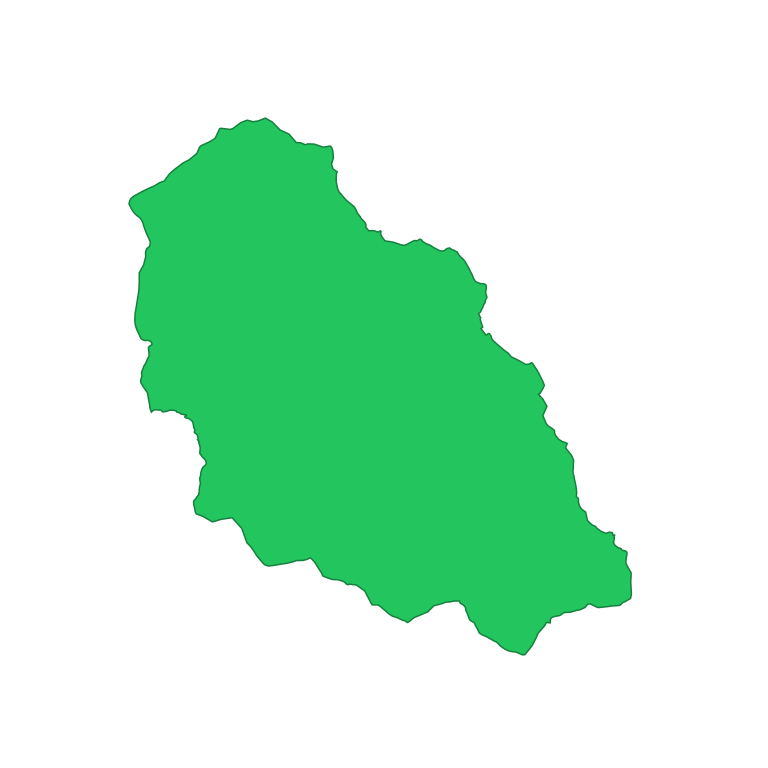 outline of Ciuruleasa, Alba, Romania, rotated 14°
{"feature_id": "2599482B18956388215325", "entity_name": "Ciuruleasa", "entity_type": "district", "adm_level": 2, "iso_a3": "ROU", "parent_name": "Romania", "parent_adm1": "Alba", "projection": "albers", "projection_center": [23.018, 46.247], "detail": "fine", "context": "isolated", "style": "filled", "palette": "green", "viewbox_px": 768, "rotation_deg": 14, "n_neighbors": 0, "source": "geoboundaries", "source_scale": "gbopen_adm2", "svg_char_len": 6152}
<svg xmlns="http://www.w3.org/2000/svg" viewBox="0 0 768 768"><g transform="rotate(14 384 384)"><path d="M675.1,532.4L674.9,528.0L671.3,516.3L670.3,511.1L669.5,507.5L664.7,502.4L662.0,499.1L661.6,497.6L661.2,494.3L660.8,489.6L660.1,488.3L659.2,487.7L657.9,487.5L655.5,487.7L654.5,487.3L653.8,486.3L650.8,486.2L647.1,484.6L644.9,482.3L645.1,481.4L644.9,479.2L644.3,476.1L644.4,474.9L643.9,474.7L643.3,475.4L642.8,475.5L641.9,473.9L641.9,473.4L641.2,472.9L640.4,473.3L638.7,473.1L636.4,474.7L635.5,475.1L634.3,475.1L629.9,474.3L625.4,472.4L623.6,471.0L620.1,470.4L616.3,468.4L614.4,467.1L610.6,459.5L608.8,458.7L606.1,457.7L604.3,456.2L602.8,454.2L601.3,451.8L600.7,449.0L600.2,447.9L598.1,446.9L597.8,446.5L597.3,443.1L595.9,438.9L593.7,434.0L591.3,429.2L590.6,427.5L588.9,424.5L588.4,422.6L587.9,419.1L587.3,416.9L586.6,412.9L586.0,411.4L582.9,407.6L576.3,402.6L575.7,401.5L575.6,400.8L576.2,397.5L575.5,397.1L570.9,396.7L566.6,395.3L563.2,392.6L561.6,390.8L560.6,387.8L558.0,386.5L553.2,384.9L551.0,383.2L545.8,376.3L547.5,366.3L542.0,360.4L536.4,356.6L537.8,355.0L539.7,348.2L539.9,346.5L537.6,343.2L531.9,336.5L529.1,333.5L522.9,327.8L522.0,327.7L519.7,329.7L516.6,330.8L510.3,328.9L500.7,326.8L496.8,323.9L492.5,322.2L481.5,316.7L478.5,314.9L477.5,313.8L476.1,311.4L474.8,310.2L474.0,309.7L473.1,309.7L471.7,311.4L470.7,311.8L470.2,311.4L469.7,310.7L468.4,309.8L464.7,306.7L466.0,304.9L461.9,298.4L461.7,297.7L461.8,296.3L460.9,295.6L458.8,292.7L459.5,291.7L460.0,291.4L460.4,289.8L461.4,285.1L461.4,283.2L462.1,281.7L462.5,280.0L462.1,278.9L462.9,274.8L460.5,271.0L460.2,267.0L459.4,263.9L458.7,263.1L457.4,262.6L453.1,263.2L448.1,262.6L445.4,260.0L443.4,257.1L438.2,251.0L434.1,246.6L432.1,244.8L430.4,243.6L428.7,242.8L425.7,240.9L423.0,238.1L422.0,238.0L418.8,237.2L417.4,237.2L414.7,236.1L412.4,237.3L411.7,238.0L410.5,239.8L409.2,240.7L407.9,241.0L406.6,241.1L404.5,240.9L398.4,239.4L396.7,238.6L394.9,238.2L392.8,237.8L390.7,237.6L387.3,236.4L385.1,234.9L383.8,234.8L381.5,237.0L379.0,237.4L377.2,238.6L372.7,242.8L370.5,244.4L368.6,244.8L366.6,244.8L358.9,244.2L356.0,244.3L351.9,244.8L350.1,244.7L346.9,242.1L345.6,240.7L344.4,239.2L344.2,236.7L343.4,236.3L342.5,237.0L341.9,237.8L340.3,238.0L338.4,237.7L336.7,237.7L332.2,239.0L328.4,236.3L328.3,235.1L327.9,233.6L327.1,232.5L325.8,231.4L321.6,228.8L320.7,227.6L317.0,224.7L314.1,221.0L312.0,219.1L309.6,217.9L303.1,214.9L297.9,211.4L294.0,208.5L292.1,206.3L288.8,199.6L287.8,195.7L286.9,191.0L287.4,189.6L282.5,187.6L279.9,183.5L280.2,176.8L278.0,170.3L275.9,167.1L274.2,166.1L267.7,168.9L258.2,168.1L251.9,169.5L249.8,170.9L244.8,170.1L240.4,170.9L231.4,164.5L221.8,162.7L212.0,156.7L204.5,154.7L198.6,159.0L193.5,161.2L187.4,161.1L181.8,165.0L175.5,172.8L173.1,174.2L163.9,175.3L162.8,176.1L160.8,186.0L159.9,187.4L155.8,191.5L148.9,197.0L147.8,198.7L146.6,205.6L140.7,213.6L135.6,218.1L129.0,226.3L125.0,232.0L121.7,240.1L117.3,243.2L113.3,247.3L109.1,250.5L102.7,255.8L96.0,262.0L93.7,265.0L92.9,267.6L93.0,271.0L95.7,274.2L99.5,277.9L103.1,280.2L106.8,281.7L108.9,283.4L111.1,285.9L112.5,288.6L116.3,294.3L121.8,301.2L122.9,302.8L123.4,306.8L120.9,310.4L120.8,314.2L122.0,318.2L121.9,326.8L119.6,335.2L121.8,344.2L123.5,352.3L125.2,371.9L125.4,375.6L126.9,382.8L128.5,387.0L130.8,390.8L137.3,398.8L139.3,399.5L141.2,399.7L142.9,399.4L143.9,398.8L146.8,399.0L147.7,399.5L149.1,401.0L149.2,401.8L148.7,402.6L146.9,404.5L146.7,405.2L146.7,406.1L148.5,410.9L149.3,413.7L149.0,415.1L148.6,415.9L147.8,421.2L146.7,424.6L146.0,431.1L146.2,432.5L147.1,434.5L147.1,436.7L147.0,438.8L147.2,440.4L147.9,441.6L150.7,444.6L155.9,449.1L157.0,450.3L158.3,453.7L161.8,461.3L162.6,463.6L163.9,465.9L165.1,467.6L166.3,465.6L167.7,464.5L173.9,463.3L175.4,464.4L176.3,464.6L180.3,462.8L182.3,461.4L183.2,461.1L186.3,460.3L187.3,460.5L188.7,460.3L189.6,461.2L190.1,461.5L192.6,461.4L194.1,462.2L199.6,462.0L199.8,462.4L198.7,463.7L198.7,464.2L199.0,464.5L200.6,464.9L202.1,464.6L203.1,464.8L205.7,465.8L207.4,467.0L208.2,468.2L210.0,472.4L211.2,473.8L211.5,474.7L211.6,476.6L212.0,477.1L213.9,477.8L215.2,478.8L216.9,482.0L217.0,482.9L216.6,483.2L218.8,484.9L218.4,485.3L218.9,486.5L220.7,489.4L221.3,491.3L222.0,495.9L225.2,498.6L229.1,501.0L230.0,502.2L230.7,503.7L230.7,505.2L229.7,506.8L228.5,508.3L227.9,511.1L227.7,514.4L228.2,517.2L228.0,520.2L228.6,521.5L228.7,522.3L229.7,524.1L230.0,526.4L229.9,528.2L230.3,531.3L230.7,532.5L230.9,536.5L229.9,538.3L229.1,540.8L227.8,543.2L227.7,544.0L228.0,545.4L228.4,546.7L230.6,551.0L231.8,553.7L233.2,555.4L240.5,556.3L250.9,559.3L253.5,557.9L256.9,555.7L259.5,554.4L269.0,550.5L280.9,558.5L289.5,571.3L293.9,574.0L296.9,576.5L302.3,581.6L310.0,587.2L312.1,588.3L315.8,588.6L320.1,587.0L334.3,580.9L337.8,579.1L341.6,576.6L348.3,574.7L351.7,572.8L354.4,570.6L355.1,570.7L356.6,571.6L359.1,573.1L361.8,575.5L366.3,579.9L368.9,582.2L370.8,584.8L371.4,585.2L380.1,586.2L381.6,586.1L386.0,585.2L388.0,585.1L390.5,585.3L392.8,585.5L394.0,586.0L396.1,587.3L397.2,587.5L400.0,586.3L402.5,586.2L404.9,585.7L406.5,586.0L415.4,589.5L425.7,601.1L427.8,600.8L431.0,599.9L432.3,600.1L433.9,600.6L443.6,605.5L447.8,607.1L449.9,607.4L452.7,607.4L459.5,608.8L461.5,608.6L463.5,609.5L464.6,609.7L466.2,608.1L469.4,603.8L470.4,602.8L472.9,601.1L481.7,594.4L486.1,587.0L489.8,585.1L494.5,582.4L495.6,581.4L497.6,580.4L500.5,579.6L504.1,577.8L509.3,576.3L511.3,578.3L515.2,579.6L515.9,580.1L517.0,581.1L518.3,584.0L521.3,587.8L523.6,591.4L524.5,592.2L525.6,592.8L529.0,593.6L529.7,594.1L530.9,595.9L533.6,598.7L536.7,602.5L539.8,603.6L545.0,604.5L553.2,606.8L555.5,607.1L560.6,610.2L564.2,611.6L566.4,612.2L568.8,612.7L572.3,612.8L576.7,612.2L583.9,613.3L586.1,612.6L588.4,607.9L591.1,601.8L593.2,592.8L593.5,590.4L593.9,588.4L598.5,579.3L599.2,576.5L599.5,576.0L603.1,575.6L602.6,573.3L602.5,572.0L602.7,571.0L603.3,570.1L605.6,568.4L610.2,566.3L611.0,565.7L613.4,562.9L614.4,562.1L620.1,560.3L626.0,556.9L627.7,556.2L629.7,555.0L633.2,552.1L634.8,548.6L635.5,548.0L636.8,547.5L637.8,547.6L643.8,548.9L646.0,549.1L654.4,546.1L658.9,544.2L663.2,542.9L666.2,541.8L667.1,540.8L668.5,538.4L670.1,537.3L675.1,532.4Z" fill="#22c55e" stroke="#15803d" stroke-width="1.5"/></g></svg>